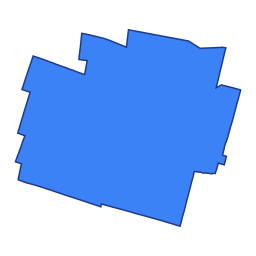 the district of Rotunda, Olt, Romania
{"feature_id": "2599482B64010567081563", "entity_name": "Rotunda", "entity_type": "district", "adm_level": 2, "iso_a3": "ROU", "parent_name": "Romania", "parent_adm1": "Olt", "projection": "mercator", "projection_center": [24.304, 43.977], "detail": "fine", "context": "isolated", "style": "filled", "palette": "blue", "viewbox_px": 256, "rotation_deg": 0, "n_neighbors": 0, "source": "geoboundaries", "source_scale": "gbopen_adm2", "svg_char_len": 2825}
<svg xmlns="http://www.w3.org/2000/svg" viewBox="0 0 256 256"><path d="M180.1,226.2L180.2,225.7L180.3,225.4L180.4,225.1L180.7,223.8L180.8,223.3L181.0,222.8L181.5,220.8L182.3,217.4L183.0,215.0L183.7,212.6L184.4,210.1L185.0,207.6L185.7,205.0L186.1,203.2L186.6,201.4L186.9,200.1L187.2,198.9L187.7,197.2L188.6,193.6L189.1,191.6L189.6,189.7L190.5,186.4L190.6,185.8L190.8,185.4L191.2,183.6L192.3,179.5L193.2,176.1L193.9,173.1L194.1,172.4L194.3,171.5L194.6,171.5L195.5,171.6L196.9,171.8L198.0,172.0L198.9,172.0L199.6,172.2L200.5,172.2L201.1,172.3L202.0,172.6L202.8,173.0L203.4,173.1L204.2,173.0L204.9,173.0L205.3,173.0L206.8,173.1L208.7,173.3L210.0,173.6L210.9,173.8L211.9,173.8L212.3,173.7L213.4,173.4L214.6,173.4L215.2,173.5L216.0,170.9L216.2,170.5L216.9,168.1L217.9,164.5L217.9,164.2L218.0,163.9L218.2,163.2L222.7,164.4L222.9,164.5L224.3,164.8L225.5,160.1L225.6,159.7L226.4,156.3L222.5,155.2L223.3,152.2L223.4,151.6L223.9,149.7L224.5,146.9L225.5,143.1L226.1,142.4L226.4,141.2L226.6,140.8L226.7,140.3L227.9,136.6L229.0,132.6L229.5,130.9L230.1,128.5L230.3,127.9L230.9,125.7L232.0,122.1L232.9,118.8L233.6,116.2L233.7,115.6L234.2,114.0L237.0,103.4L237.2,102.7L237.9,100.2L239.7,93.6L240.3,91.2L240.5,90.4L240.6,90.0L240.6,89.9L232.0,87.6L228.5,86.7L221.3,84.9L216.2,87.8L223.4,57.7L225.8,47.8L221.7,47.2L221.4,47.2L221.3,47.4L212.6,47.8L200.0,48.3L188.5,41.0L128.5,29.8L126.4,47.2L109.9,40.5L107.1,39.5L104.3,38.5L89.7,34.9L81.9,33.3L81.7,33.5L81.6,35.8L81.4,36.7L81.3,37.6L81.2,38.9L81.0,40.7L81.0,40.8L80.9,41.8L80.8,42.9L80.6,44.0L80.5,45.8L80.4,46.5L80.2,48.3L79.7,52.1L79.5,53.8L79.2,56.1L79.2,56.4L79.2,56.7L79.1,57.1L79.0,58.8L78.9,59.5L86.4,60.5L87.2,60.6L87.1,60.9L84.7,74.4L84.2,74.3L83.7,74.3L81.9,73.6L81.7,73.6L81.4,73.4L81.1,73.2L80.9,73.2L80.5,73.1L80.1,73.1L79.9,73.0L79.7,72.9L79.4,72.8L79.2,72.8L79.0,72.7L78.8,72.6L78.6,72.5L78.3,72.4L78.0,72.2L77.2,71.9L76.7,71.7L75.7,71.4L74.6,70.9L74.0,70.7L73.8,70.6L73.4,70.4L72.9,70.2L72.4,70.1L72.2,70.1L71.8,69.9L71.5,69.9L70.4,69.4L69.4,69.1L69.0,68.9L68.3,68.6L67.3,68.2L65.6,67.6L64.5,67.2L63.5,66.9L60.8,65.9L60.3,65.9L58.5,65.0L57.1,64.6L54.4,63.6L53.6,63.2L49.1,61.6L48.0,61.2L46.2,60.5L46.0,60.4L45.8,60.4L44.0,59.7L42.9,59.3L39.7,58.2L38.8,57.9L38.0,57.6L36.0,57.0L35.8,56.9L35.2,56.7L34.5,56.5L33.6,56.2L33.2,56.0L31.9,59.7L27.7,72.1L24.0,83.3L22.2,88.7L22.0,89.5L26.4,91.0L30.1,92.3L27.0,102.3L25.0,108.8L22.8,116.2L19.6,126.8L17.8,132.7L17.7,133.1L19.6,133.8L24.5,135.6L24.9,135.7L24.4,137.1L22.4,142.3L20.8,147.2L16.2,159.5L15.4,161.8L21.4,163.7L18.1,179.8L20.2,180.5L26.3,182.8L32.2,184.3L40.9,186.9L50.0,189.9L57.4,192.4L65.0,195.0L75.3,198.3L87.1,202.2L100.6,206.7L100.8,206.8L100.9,206.2L101.3,203.9L112.6,207.1L122.9,209.8L130.8,212.0L135.4,213.4L155.9,219.0L168.4,222.7L176.4,225.1L180.1,226.2Z" fill="#3b82f6" stroke="#1e3a8a" stroke-width="1.5"/></svg>